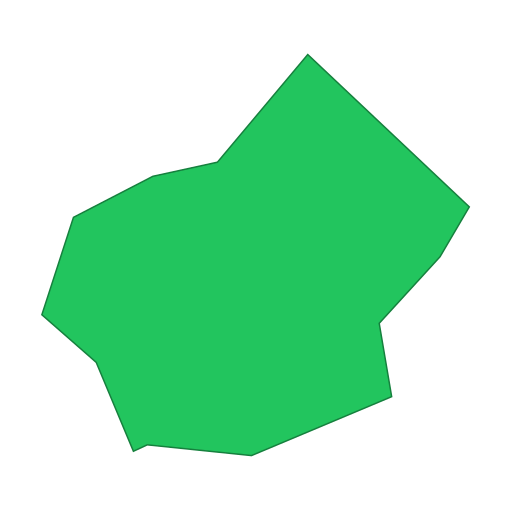 Kokand city, Ferghana, Uzbekistan (Robinson projection), rotated 185°
{"feature_id": "79887680B18672713259949", "entity_name": "Kokand city", "entity_type": "district", "adm_level": 2, "iso_a3": "UZB", "parent_name": "Uzbekistan", "parent_adm1": "Ferghana", "projection": "robinson", "projection_center": [70.933, 40.526], "detail": "fine", "context": "isolated", "style": "filled", "palette": "green", "viewbox_px": 512, "rotation_deg": 185, "n_neighbors": 0, "source": "geoboundaries", "source_scale": "gbopen_adm2", "svg_char_len": 334}
<svg xmlns="http://www.w3.org/2000/svg" viewBox="0 0 512 512"><g transform="rotate(185 256 256)"><path d="M441.2,278.6L464.2,178.8L405.9,136.1L361.1,50.8L347.9,58.4L243.1,56.8L108.6,127.7L127.4,199.7L72.6,271.3L47.8,323.5L222.0,461.2L302.6,346.1L365.7,326.4L441.2,278.6Z" fill="#22c55e" stroke="#15803d" stroke-width="1.5"/></g></svg>